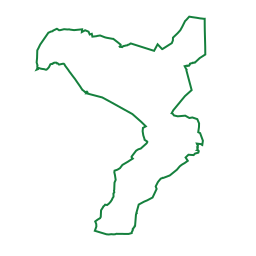 the district of Atlixtac, Guerrero, Mexico, rotated 355°
{"feature_id": "50627088B22623641614442", "entity_name": "Atlixtac", "entity_type": "district", "adm_level": 2, "iso_a3": "MEX", "parent_name": "Mexico", "parent_adm1": "Guerrero", "projection": "orthographic", "projection_center": [-98.897, 17.476], "detail": "fine", "context": "isolated", "style": "outline", "palette": "green", "viewbox_px": 256, "rotation_deg": 355, "n_neighbors": 0, "source": "geoboundaries", "source_scale": "gbopen_adm2", "svg_char_len": 4811}
<svg xmlns="http://www.w3.org/2000/svg" viewBox="0 0 256 256"><g transform="rotate(355 128 128)"><path d="M110.9,169.3L110.5,170.9L110.9,173.8L111.2,178.6L109.8,181.2L108.9,188.3L108.6,189.1L108.7,191.0L107.8,191.9L107.6,195.1L107.5,195.3L106.4,196.7L105.7,198.1L104.1,200.1L103.7,200.4L102.6,201.5L100.5,202.9L98.5,202.4L97.8,203.2L96.5,204.1L96.4,204.5L94.0,207.6L93.1,214.2L92.3,215.4L89.8,216.6L87.2,218.2L88.0,220.9L87.9,223.4L86.0,227.5L97.3,232.0L99.5,232.4L102.1,232.3L104.3,232.7L106.1,232.7L107.1,232.4L119.3,233.6L122.5,233.0L122.5,232.6L122.7,232.1L122.8,231.9L122.9,231.7L123.0,231.6L123.1,231.3L123.2,231.1L123.4,231.0L123.5,230.9L123.7,230.5L123.8,230.3L123.9,229.9L123.9,229.5L123.8,229.2L124.1,228.8L124.5,228.7L125.0,227.7L125.3,227.6L125.5,227.4L125.8,227.1L125.9,226.7L126.0,226.4L126.5,226.2L128.4,214.9L128.7,214.2L128.8,214.1L129.1,213.9L129.2,213.7L129.3,213.6L129.0,213.2L132.0,205.2L137.3,202.9L138.1,202.6L140.7,201.8L146.4,199.4L148.0,196.7L151.2,191.2L150.5,188.6L153.0,184.6L153.7,183.8L156.2,181.3L157.8,180.9L158.0,180.7L158.2,180.8L158.5,180.8L158.8,180.8L162.4,179.8L164.4,179.2L165.3,179.0L166.1,178.5L173.1,173.8L176.2,170.7L178.0,169.5L179.1,168.9L181.3,167.9L184.7,165.9L182.8,162.4L185.9,159.9L191.0,160.7L192.2,159.6L192.6,159.3L195.9,158.7L196.4,157.5L196.4,157.0L196.3,156.8L196.1,156.6L195.5,156.3L195.0,156.1L195.4,155.9L195.5,155.7L195.6,155.4L195.6,155.2L195.6,154.9L195.4,154.9L195.3,154.6L195.3,154.3L195.3,153.9L195.3,153.7L195.5,153.4L195.8,153.2L195.7,153.0L195.6,152.9L195.8,152.8L195.9,152.7L195.9,152.3L195.9,152.2L196.0,151.8L196.1,151.4L196.0,151.2L195.9,151.1L195.7,150.9L195.6,150.5L195.6,150.4L195.4,150.2L195.2,149.5L199.7,150.5L199.8,150.7L199.9,150.9L200.0,151.1L200.5,151.4L201.5,147.2L199.4,139.4L197.6,138.3L198.8,133.2L199.2,129.6L197.8,125.2L193.0,123.1L190.1,123.4L189.7,123.2L186.1,120.7L178.6,120.7L174.9,119.5L174.5,118.9L173.9,117.9L173.1,117.2L172.8,117.1L174.7,114.2L175.6,113.3L187.5,101.2L194.7,95.8L191.2,75.7L191.3,75.3L191.5,75.0L191.3,74.6L191.1,74.4L189.9,71.5L190.1,71.5L190.2,71.3L190.8,71.3L191.1,71.2L191.3,71.1L191.7,71.2L191.8,71.2L192.0,71.1L192.1,71.3L192.4,71.4L192.5,71.3L192.6,71.2L192.8,71.1L193.1,71.1L193.3,71.2L193.5,71.2L193.6,71.3L193.8,71.3L193.8,71.1L194.1,71.1L194.3,71.0L194.4,70.9L194.5,70.9L194.8,70.6L194.9,70.3L195.1,70.2L195.3,69.8L195.2,69.7L195.3,69.4L195.5,69.4L196.0,69.3L196.3,69.1L196.5,69.0L196.8,69.0L196.9,68.9L197.0,68.7L197.0,68.8L197.2,69.0L197.3,69.0L197.6,69.0L197.8,68.7L198.0,68.6L198.3,68.7L198.6,68.8L198.8,68.7L199.0,68.7L199.4,68.7L199.5,68.7L199.8,68.5L200.3,68.7L205.5,64.6L211.4,61.5L212.0,53.8L213.0,37.5L213.3,33.4L213.9,25.9L213.5,25.9L211.1,25.4L209.5,25.1L206.1,24.2L201.4,23.1L198.7,22.4L195.5,25.4L194.2,26.4L190.9,31.8L188.6,35.2L185.7,37.9L180.7,41.9L180.3,44.8L179.0,47.3L176.8,48.4L172.0,50.9L169.1,52.4L168.9,52.4L164.8,47.2L160.7,53.4L138.1,44.0L137.7,44.1L137.4,44.3L137.1,44.6L136.0,45.0L135.2,45.1L135.0,45.3L134.8,45.4L134.7,45.5L134.2,45.6L133.6,45.6L133.4,45.6L133.2,45.6L131.6,45.9L131.1,45.9L131.0,46.0L130.9,46.0L130.6,46.0L130.4,46.2L130.2,46.2L129.9,46.3L129.6,46.6L129.3,46.8L129.2,46.9L128.9,46.8L128.7,46.7L128.4,46.7L128.1,46.7L127.8,46.6L127.6,46.5L127.3,46.4L127.1,46.4L126.9,46.4L126.8,46.2L127.0,46.1L127.3,46.2L127.6,46.2L127.8,45.8L127.9,45.7L127.9,45.4L127.8,45.2L127.8,44.8L127.8,44.7L127.9,44.3L125.1,41.6L121.1,37.9L120.7,37.9L114.8,36.3L113.0,35.7L108.3,33.4L105.4,33.6L104.5,33.8L100.5,33.9L100.1,31.0L98.0,31.5L97.1,28.6L93.8,26.9L90.4,28.4L90.9,25.7L82.8,25.8L78.8,24.9L78.0,24.6L77.7,24.6L76.4,24.6L72.9,24.0L69.2,24.6L68.3,24.6L67.9,24.6L65.9,23.0L65.5,23.0L64.9,23.3L63.3,23.9L62.5,24.2L61.9,24.4L61.3,25.0L61.2,25.0L59.2,25.3L58.4,25.7L57.0,26.1L47.8,37.2L45.6,40.9L44.4,42.7L43.5,50.4L42.7,54.7L43.3,57.8L43.1,58.1L43.0,58.3L43.0,60.0L42.7,61.0L42.1,61.9L43.5,61.5L43.8,60.3L44.2,60.4L45.8,61.1L47.4,61.6L49.7,62.1L51.0,62.7L51.8,62.8L52.2,62.6L52.5,62.3L53.0,62.0L54.5,60.6L56.2,57.8L56.8,57.7L57.1,57.5L58.2,57.6L58.4,57.3L59.2,57.1L59.2,56.9L59.4,56.7L59.5,56.7L60.0,56.6L60.8,56.5L61.1,56.6L61.5,56.6L62.0,56.6L62.4,56.7L62.6,56.9L62.9,57.4L63.1,57.3L63.3,57.4L63.5,57.4L63.8,57.7L64.2,58.1L64.8,58.8L66.5,58.6L68.8,58.3L69.6,58.4L70.2,59.0L70.7,60.3L73.6,65.0L74.4,66.5L76.1,69.2L77.7,71.8L79.5,74.6L81.0,77.3L82.9,80.6L84.1,82.7L84.9,84.3L85.6,85.5L85.8,86.0L86.7,86.7L87.5,87.5L88.1,88.2L88.4,88.6L90.2,88.2L90.5,88.6L89.6,89.8L90.9,89.8L91.2,90.0L91.0,90.3L105.0,95.3L111.5,99.6L133.6,114.5L141.6,122.9L145.9,127.9L142.9,129.2L142.3,132.5L142.6,136.7L143.4,140.1L143.5,141.2L146.0,143.2L146.0,143.7L145.2,144.9L138.9,149.6L136.5,150.1L134.1,151.3L129.1,156.8L129.1,157.7L130.1,158.9L126.9,160.5L125.1,161.5L119.2,164.3L116.5,167.3L114.5,168.3L113.5,168.7L110.9,169.3Z" fill="none" stroke="#15803d" stroke-width="2"/></g></svg>